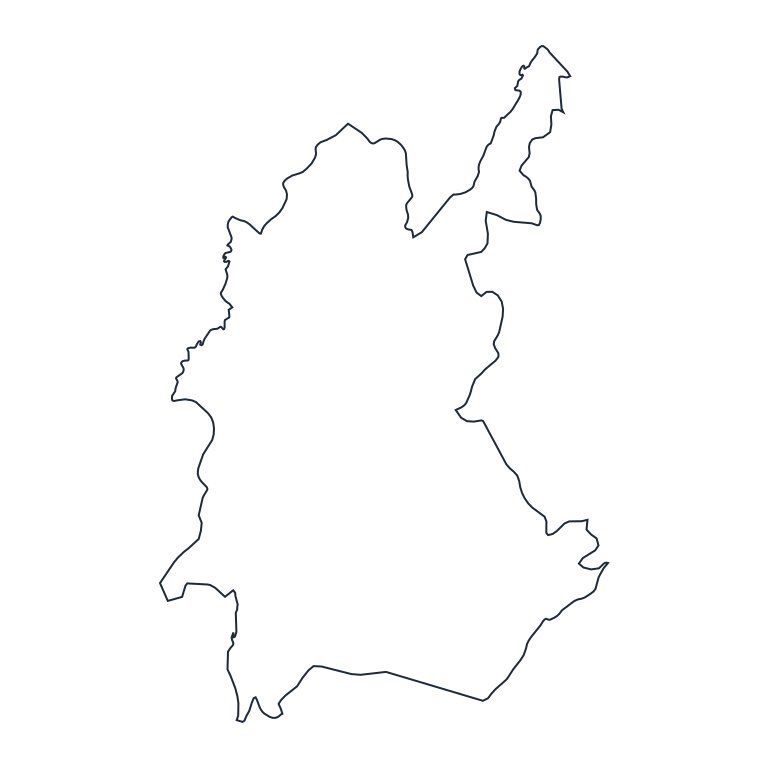 an SVG outline of Diyala
{"feature_id": "IRQ-3243", "entity_name": "Diyala", "entity_type": "Province", "adm_level": 1, "iso_a3": "IRQ", "parent_name": "Iraq", "parent_adm1": "", "projection": "natural_earth1", "projection_center": [45.079, 34.055], "detail": "fine", "context": "isolated", "style": "outline", "palette": "slate", "viewbox_px": 768, "rotation_deg": 0, "n_neighbors": 0, "source": "natural_earth", "source_scale": "10m", "svg_char_len": 6069}
<svg xmlns="http://www.w3.org/2000/svg" viewBox="0 0 768 768"><path d="M563.3,112.3L558.6,109.8L552.6,110.1L550.9,116.3L551.4,124.4L550.1,132.2L543.0,137.3L535.6,138.1L532.3,139.5L529.8,143.1L529.0,147.0L529.6,153.4L528.8,157.1L521.6,165.5L519.6,170.7L523.5,175.2L525.6,176.4L527.9,178.2L529.9,180.6L531.6,186.6L534.2,190.1L535.3,192.3L536.1,198.4L536.2,204.4L537.1,209.8L540.0,214.0L540.7,216.1L540.7,219.5L540.0,222.9L538.9,225.0L537.4,225.3L531.7,223.3L513.8,221.8L505.8,219.8L496.9,215.1L486.8,212.0L485.7,220.8L487.9,233.8L487.5,243.3L484.8,248.1L481.3,251.9L467.6,255.0L465.1,259.2L473.2,285.6L476.5,292.5L481.3,296.1L486.5,291.9L492.3,291.8L497.7,295.3L501.7,301.6L503.1,308.9L502.6,316.8L499.1,332.2L497.9,335.1L494.2,341.2L493.7,344.1L495.0,347.8L498.4,353.3L498.4,356.9L495.7,360.5L485.2,369.3L481.4,373.5L475.1,379.2L472.2,386.3L470.0,394.5L466.0,403.4L463.8,405.7L461.3,407.4L455.7,410.0L461.1,417.7L467.0,421.2L473.8,421.6L481.5,420.4L483.2,421.2L506.4,464.4L509.9,468.4L513.9,471.8L517.3,475.7L519.2,481.0L520.3,487.5L522.1,493.1L524.7,498.3L528.3,503.5L532.3,507.6L544.6,516.7L546.4,521.5L546.3,532.9L548.1,535.1L552.6,534.0L556.9,531.0L564.5,523.5L569.2,521.4L581.9,521.2L587.5,519.8L586.5,529.6L591.1,534.5L596.6,538.4L598.5,545.5L595.3,550.3L582.9,558.0L578.9,563.6L583.4,567.5L591.1,569.4L599.0,568.3L603.8,563.6L605.1,562.9L606.4,562.6L608.0,563.0L603.7,568.1L599.6,575.4L598.6,577.4L595.5,588.9L593.6,591.4L590.8,593.6L584.7,597.5L581.6,598.7L577.9,599.4L574.3,601.0L562.1,610.2L559.4,613.7L557.2,615.9L554.1,617.8L550.1,619.7L549.0,619.8L545.9,618.8L544.7,619.4L543.2,621.0L540.3,625.6L531.2,636.9L528.7,640.6L527.0,644.1L526.0,648.6L523.6,655.3L520.1,660.6L513.3,669.2L507.3,678.5L505.5,680.4L495.5,689.2L491.3,693.8L488.1,698.2L482.9,700.8L386.0,671.9L360.7,674.8L351.5,674.1L321.5,666.5L313.6,666.1L308.5,670.3L302.7,677.6L297.0,686.4L285.6,695.4L281.0,700.1L278.6,703.9L280.9,709.0L282.4,713.8L281.2,714.3L278.2,716.8L275.5,717.9L272.5,717.8L269.6,716.8L264.5,713.7L262.4,711.8L260.8,709.5L259.4,706.6L257.1,700.3L255.6,697.3L253.7,698.2L251.8,702.8L249.2,711.1L246.6,715.6L244.4,720.7L242.5,721.9L236.7,720.1L238.2,715.6L238.4,703.1L237.4,696.4L235.4,688.5L230.7,676.2L227.5,669.4L228.0,651.7L230.5,647.9L233.0,645.1L233.3,643.9L233.2,642.5L232.2,640.3L231.6,637.6L233.4,632.4L233.4,635.3L232.7,636.3L232.8,637.2L233.8,637.3L235.0,636.5L236.4,632.0L235.8,612.8L237.1,609.7L237.4,605.8L237.7,604.6L235.5,596.3L235.1,592.7L233.2,590.3L225.0,596.8L215.3,587.9L210.1,585.0L207.5,584.5L187.3,583.4L185.5,585.6L182.1,596.9L167.8,600.9L160.0,583.1L173.9,562.5L177.8,557.7L183.9,551.9L188.4,548.4L198.7,539.0L200.9,530.7L201.7,522.8L198.7,515.4L202.6,498.1L203.7,495.7L207.3,489.8L207.3,488.4L206.7,487.1L201.5,481.7L199.8,479.4L198.5,476.7L197.8,473.8L197.9,470.9L198.4,468.0L203.2,454.3L212.2,440.0L213.7,434.4L214.0,428.4L213.1,422.2L211.1,417.3L208.1,413.3L196.0,402.1L192.1,400.4L185.2,399.3L178.1,400.2L174.1,401.0L172.9,400.7L172.1,399.9L172.0,397.3L172.2,395.7L175.1,391.4L175.8,387.5L177.7,382.2L177.3,380.6L176.0,378.4L176.4,377.3L182.0,373.4L183.0,372.3L183.6,370.3L183.7,369.0L183.3,367.8L181.4,364.4L181.1,363.2L181.6,362.1L182.6,361.2L184.8,360.6L187.8,360.5L188.4,360.1L188.7,359.3L188.5,351.7L187.4,349.7L187.4,348.9L188.3,348.2L190.7,347.6L193.8,347.8L195.0,347.4L196.0,346.4L196.8,344.3L198.7,341.4L200.3,341.1L200.7,341.8L200.8,342.8L200.2,344.3L200.3,344.8L201.6,345.2L202.4,344.7L202.9,343.7L203.6,341.1L204.6,338.8L210.1,330.6L211.1,329.9L213.4,329.1L217.3,328.8L220.3,326.8L221.1,326.9L223.3,329.3L224.1,329.0L224.6,327.6L224.6,321.8L225.0,320.0L229.2,317.4L229.4,316.1L228.7,309.8L232.3,307.4L229.3,303.6L227.4,302.5L225.4,300.9L223.1,298.1L221.6,295.9L220.9,294.1L220.9,292.7L222.9,289.5L225.5,283.8L227.3,277.8L227.4,275.2L225.6,269.3L228.0,266.4L229.5,261.5L228.7,260.9L227.9,261.0L226.5,261.9L224.6,261.9L224.1,261.3L224.1,260.4L225.9,258.0L226.0,257.3L225.1,256.7L223.4,257.8L223.2,257.3L223.4,256.1L224.6,253.9L225.6,253.0L230.3,251.9L231.2,251.0L231.5,249.8L230.3,247.3L229.4,246.3L227.4,245.5L227.7,244.7L230.8,241.8L231.5,239.4L231.6,237.6L227.7,227.2L227.8,224.2L228.6,221.2L231.7,217.2L232.8,216.6L235.1,218.0L240.2,220.2L244.2,221.1L246.5,222.2L249.3,224.1L258.8,232.8L260.1,233.7L260.9,233.6L262.2,229.8L263.9,226.5L266.8,223.1L271.2,219.2L275.5,216.2L279.2,212.6L282.5,208.0L286.6,199.2L287.0,194.5L286.1,190.7L283.8,186.8L283.2,184.8L283.2,183.0L284.5,180.9L287.0,178.6L292.3,175.5L299.6,173.3L302.8,171.9L306.5,168.8L311.5,163.6L315.0,157.7L316.1,154.1L315.6,149.4L315.8,147.3L317.5,144.8L320.5,142.3L327.2,139.7L335.8,135.2L348.0,123.7L361.8,132.9L367.2,138.4L369.7,141.8L371.4,143.1L373.2,143.5L374.7,143.1L380.7,139.4L383.0,138.8L386.0,138.5L391.5,139.1L394.8,140.2L397.3,141.6L400.8,144.6L402.8,147.1L405.0,150.6L405.9,153.5L406.6,164.8L407.7,172.0L407.6,175.6L407.9,179.3L409.3,186.6L412.3,194.7L412.3,196.1L411.9,197.3L407.1,203.1L406.4,204.5L406.1,206.0L406.5,209.8L408.0,214.6L408.2,218.0L407.1,222.0L405.2,225.5L405.2,226.8L405.8,228.2L406.6,228.8L408.6,229.5L411.4,229.9L412.0,230.8L412.5,232.3L413.3,237.3L421.8,232.2L450.0,197.5L453.5,194.5L455.4,194.6L460.6,193.9L465.5,192.3L470.3,189.5L472.2,187.9L473.4,186.3L474.6,181.5L477.6,176.3L478.9,172.4L479.0,171.5L478.6,169.8L478.6,167.5L478.9,165.2L479.4,163.5L480.4,161.1L483.2,156.0L486.6,146.9L487.8,145.3L489.0,144.2L490.6,143.5L491.1,142.5L493.7,135.3L494.5,131.5L496.5,126.6L499.0,123.8L500.2,121.8L500.9,118.5L501.5,117.9L504.0,117.9L510.6,111.7L512.8,108.8L518.7,99.1L520.1,96.2L520.7,94.1L520.7,91.7L519.5,90.7L515.4,90.1L514.8,88.2L517.3,85.9L518.2,81.3L519.2,80.0L521.4,78.6L522.6,76.2L522.9,75.2L522.5,74.7L521.0,75.2L520.3,75.0L519.6,74.3L519.5,71.7L520.1,70.0L521.7,67.1L522.7,66.1L523.6,65.7L524.2,66.3L524.4,68.6L524.8,68.8L526.9,67.3L529.0,66.3L530.7,62.5L532.1,60.4L534.8,57.1L537.2,53.5L537.7,49.6L540.0,47.1L541.6,46.1L543.3,46.1L547.0,48.9L548.2,50.2L549.6,52.5L567.4,71.6L570.2,76.2L567.2,77.4L565.9,77.4L562.7,76.6L560.0,76.7L559.4,77.2L559.1,79.4L561.6,108.8L563.3,112.3Z" fill="none" stroke="#1e293b" stroke-width="2"/></svg>